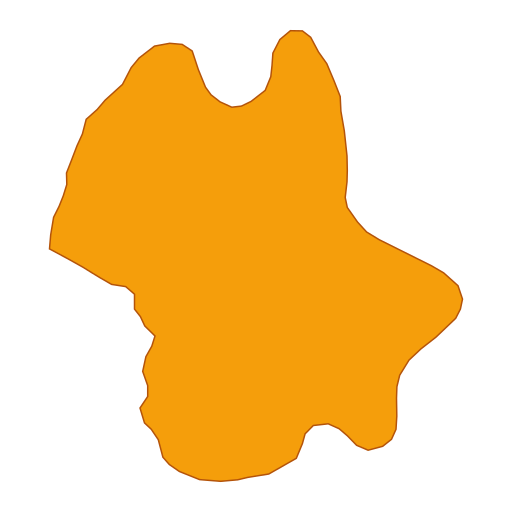 Boracéia, São Paulo, Brazil
{"feature_id": "56859067B36731884931019", "entity_name": "Boracéia", "entity_type": "district", "adm_level": 2, "iso_a3": "BRA", "parent_name": "Brazil", "parent_adm1": "São Paulo", "projection": "natural_earth1", "projection_center": [-48.79, -22.168], "detail": "fine", "context": "isolated", "style": "filled", "palette": "amber", "viewbox_px": 512, "rotation_deg": 0, "n_neighbors": 0, "source": "geoboundaries", "source_scale": "gbopen_adm2", "svg_char_len": 1342}
<svg xmlns="http://www.w3.org/2000/svg" viewBox="0 0 512 512"><path d="M86.2,119.3L82.4,134.0L77.0,145.8L71.5,160.2L66.5,173.0L66.8,184.5L63.3,195.8L59.1,206.3L53.6,217.3L50.7,234.8L49.5,248.9L66.8,258.2L82.6,267.0L92.1,272.9L100.5,278.0L111.6,284.4L125.7,286.6L134.5,294.2L134.5,309.1L140.4,316.6L144.8,326.0L155.0,336.0L151.8,346.2L145.9,356.7L142.7,371.4L147.7,385.6L147.7,396.5L140.0,408.0L144.5,422.9L151.3,429.3L158.3,439.7L162.9,457.2L169.3,464.5L179.4,471.5L199.6,479.6L211.9,480.6L220.7,481.3L237.7,479.8L247.7,477.4L268.8,474.0L296.3,458.3L302.4,443.6L305.1,433.8L313.3,425.5L328.2,423.8L339.1,428.7L347.5,435.9L356.6,445.3L368.1,450.2L382.7,446.3L391.5,439.3L396.0,429.3L396.8,416.1L396.5,398.2L396.9,386.7L399.7,375.2L409.0,360.1L420.8,349.0L436.0,337.1L455.7,318.3L460.4,309.1L462.5,299.1L458.0,285.7L443.7,272.9L431.7,265.9L379.2,239.7L366.6,232.0L357.5,222.0L347.3,207.5L345.2,197.5L347.0,181.8L347.3,170.7L347.0,156.0L344.3,130.8L340.9,111.2L340.2,96.5L334.1,81.0L326.8,63.7L318.5,52.0L310.7,37.3L302.4,30.9L290.4,30.7L279.9,39.5L272.9,53.1L272.0,65.7L270.8,76.7L265.2,90.4L251.1,101.4L241.4,106.1L231.8,107.2L220.1,101.9L211.0,94.8L205.5,87.2L198.3,69.5L192.2,51.0L182.2,44.4L169.7,43.3L154.5,46.1L139.1,58.0L131.2,67.6L122.5,84.4L105.1,100.2L97.2,109.5L86.2,119.3Z" fill="#f59e0b" stroke="#b45309" stroke-width="1.5"/></svg>